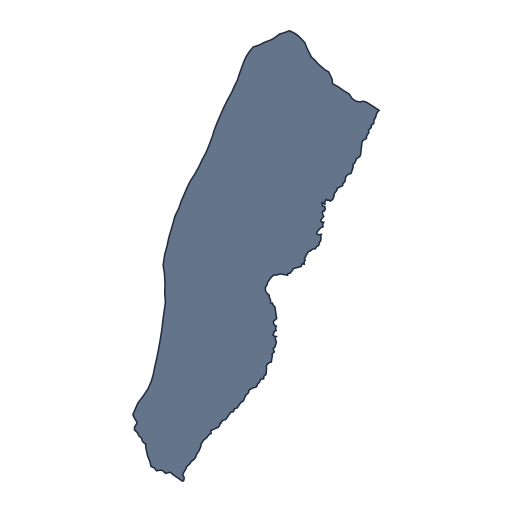 Riaba, Bioko Sur, Equatorial Guinea
{"feature_id": "11065452B69866248222639", "entity_name": "Riaba", "entity_type": "district", "adm_level": 2, "iso_a3": "GNQ", "parent_name": "Equatorial Guinea", "parent_adm1": "Bioko Sur", "projection": "orthographic", "projection_center": [8.763, 3.41], "detail": "fine", "context": "isolated", "style": "filled", "palette": "slate", "viewbox_px": 512, "rotation_deg": 0, "n_neighbors": 0, "source": "geoboundaries", "source_scale": "gbopen_adm2", "svg_char_len": 3468}
<svg xmlns="http://www.w3.org/2000/svg" viewBox="0 0 512 512"><path d="M253.2,47.0L249.2,51.8L246.3,56.3L243.7,62.0L241.8,67.2L239.0,75.1L237.4,80.2L234.2,86.5L231.8,92.2L227.9,99.2L223.7,107.6L220.3,115.4L217.1,122.7L214.2,130.2L212.2,136.9L209.5,144.0L206.2,152.2L202.0,160.0L199.0,166.5L194.3,174.9L190.4,180.9L187.5,186.6L184.7,193.2L181.2,201.2L178.9,208.1L174.9,216.2L173.0,223.4L171.0,230.2L168.7,238.0L167.1,245.8L164.7,254.5L163.1,265.2L164.5,273.9L165.0,284.6L164.7,292.6L165.4,302.5L164.5,308.7L163.1,318.6L161.9,329.1L160.2,339.9L158.6,348.8L156.8,358.0L154.9,366.1L153.3,374.2L151.5,380.7L148.0,388.9L143.0,396.3L137.9,403.0L132.9,414.4L133.8,417.0L135.5,419.8L137.2,422.7L134.5,427.1L134.4,429.9L137.5,432.8L138.8,435.8L141.5,438.2L142.5,441.5L146.0,444.7L145.6,446.5L147.4,455.4L150.0,461.9L151.0,466.5L154.3,467.9L156.5,470.8L160.2,470.2L162.7,470.6L165.5,473.4L170.4,472.2L172.9,474.6L182.7,481.3L183.7,480.5L184.2,478.5L183.9,476.7L182.9,475.2L183.0,473.8L186.1,468.4L186.6,466.7L190.1,463.6L191.0,461.7L194.2,459.4L195.9,456.8L196.2,455.0L199.0,450.9L200.8,446.5L201.0,444.3L203.5,440.2L206.5,437.9L209.2,434.4L211.2,433.5L210.8,430.6L218.4,427.2L219.8,425.0L220.3,422.8L220.9,423.1L222.2,420.8L225.9,419.3L230.8,412.2L233.4,411.7L234.6,408.7L237.2,407.9L240.8,402.5L243.4,400.9L245.4,396.0L246.1,394.9L247.7,393.6L248.8,391.9L248.9,390.2L253.1,387.8L255.9,387.3L257.0,385.9L257.7,383.7L259.4,382.4L260.7,379.3L263.7,378.8L263.8,376.3L266.0,374.5L266.6,368.3L266.3,366.0L267.4,364.2L269.4,362.6L271.3,362.0L272.4,355.4L271.9,354.2L274.4,351.8L273.4,350.0L273.2,349.0L274.9,347.1L276.4,342.4L275.1,337.5L276.3,336.5L274.4,336.2L272.9,335.1L274.0,333.1L273.7,331.8L276.2,330.6L275.5,328.0L276.4,326.1L274.6,325.3L273.7,323.6L273.4,321.4L276.7,318.5L274.9,306.8L272.8,304.7L272.5,303.1L270.5,303.0L270.6,300.1L269.4,297.7L269.2,295.1L267.1,293.4L265.7,291.4L265.3,288.4L265.6,286.8L267.0,284.9L267.8,282.0L271.4,277.1L274.0,274.9L275.9,275.2L280.6,273.9L287.6,275.3L287.9,273.5L290.1,273.2L292.4,270.4L293.6,268.5L301.0,266.6L302.3,263.8L304.3,264.2L304.1,261.5L305.1,260.6L305.1,259.7L304.3,258.2L305.6,257.0L306.0,255.4L308.5,251.5L310.5,250.9L312.5,249.0L315.3,248.8L316.5,246.7L318.5,245.6L319.4,243.5L319.3,242.2L320.5,241.2L321.1,238.5L320.7,236.2L321.4,234.3L318.4,234.8L316.6,233.4L317.2,231.9L320.3,228.1L322.0,227.2L323.0,226.9L322.8,224.0L323.8,222.2L321.3,221.9L320.7,220.2L323.8,216.3L322.9,214.8L322.9,214.4L322.3,213.3L322.7,211.2L324.1,211.2L325.1,209.6L325.2,208.6L324.7,207.9L325.1,207.0L324.3,206.2L322.8,206.2L322.0,203.5L322.1,202.5L324.3,204.0L325.0,204.1L324.8,202.1L326.1,199.5L327.7,200.4L329.0,200.1L330.1,201.2L331.7,200.0L332.6,199.7L334.2,195.7L334.0,194.1L337.0,190.1L337.2,188.3L342.7,185.6L342.8,183.9L345.0,181.4L345.7,176.9L347.5,174.9L349.1,174.0L351.1,173.4L353.2,166.9L352.9,164.6L354.9,162.8L356.7,158.6L359.8,156.5L360.6,154.7L362.0,142.3L363.1,140.4L366.5,138.4L366.6,135.9L368.9,132.6L368.5,130.1L371.2,127.6L371.2,125.4L373.7,123.6L374.1,119.9L375.6,117.4L376.3,114.4L377.3,112.4L379.1,110.3L371.0,105.0L366.3,102.1L363.1,101.2L362.5,101.3L359.7,102.0L355.6,101.0L351.9,98.3L349.2,94.0L343.6,90.6L338.2,86.8L332.6,83.7L332.1,79.2L330.1,74.8L328.6,71.8L325.2,70.0L318.1,63.9L315.4,60.7L311.4,57.0L308.4,51.1L306.6,47.3L304.9,42.7L301.3,38.9L298.0,35.6L294.3,33.0L289.5,30.7L283.9,32.8L279.5,34.0L273.9,38.3L270.4,40.1L264.2,42.4L259.6,44.9L253.2,47.0Z" fill="#64748b" stroke="#1e293b" stroke-width="1.5"/></svg>